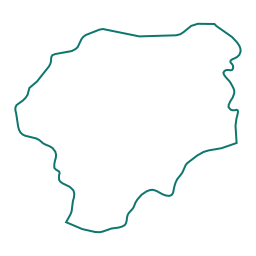 SVG path tracing the border of Bistrita-Nasaud
{"feature_id": "ROU-295", "entity_name": "Bistrita-Nasaud", "entity_type": "County", "adm_level": 1, "iso_a3": "ROU", "parent_name": "Romania", "parent_adm1": "", "projection": "natural_earth1", "projection_center": [24.568, 47.164], "detail": "fine", "context": "isolated", "style": "outline", "palette": "teal", "viewbox_px": 256, "rotation_deg": 0, "n_neighbors": 0, "source": "natural_earth", "source_scale": "10m", "svg_char_len": 1797}
<svg xmlns="http://www.w3.org/2000/svg" viewBox="0 0 256 256"><path d="M66.1,222.2L70.4,214.5L71.6,211.4L72.9,201.2L73.9,197.6L74.3,193.7L73.4,190.3L69.7,186.8L62.9,183.5L60.5,181.9L59.1,179.8L58.9,176.9L59.1,175.0L59.6,173.2L59.2,171.6L55.8,169.5L54.3,167.8L54.3,164.2L54.9,161.0L55.8,157.9L56.1,154.7L55.3,151.7L52.6,148.1L49.7,146.3L45.3,144.5L43.1,143.3L39.1,139.9L36.1,138.4L25.0,135.7L22.5,134.4L20.4,132.4L19.1,129.9L18.2,126.9L16.1,113.1L15.4,110.5L15.4,107.5L16.6,105.0L22.9,100.5L25.5,97.9L27.5,95.0L29.4,87.9L36.9,81.6L48.9,66.5L50.2,64.1L50.9,61.8L51.2,57.9L51.6,56.4L52.5,55.1L55.4,54.0L71.9,51.0L75.8,48.9L77.8,46.9L81.5,39.1L83.1,37.0L85.8,35.0L99.3,29.7L102.8,29.0L139.3,36.4L176.0,35.3L180.1,34.3L183.2,32.4L191.2,25.9L197.8,23.8L214.4,24.0L216.5,26.1L232.0,37.0L237.0,42.3L239.4,45.9L240.4,48.6L240.6,51.5L239.3,54.9L237.2,56.9L234.5,58.4L232.2,59.3L230.7,60.5L230.3,61.7L230.9,62.9L232.0,64.0L232.9,65.5L233.2,67.1L232.7,69.2L231.8,70.1L230.5,70.3L229.0,70.0L227.5,69.9L225.8,70.2L224.4,71.1L223.5,72.5L223.8,74.4L225.6,77.0L229.5,81.3L230.9,83.4L233.3,87.9L234.2,90.2L234.3,93.0L232.7,97.5L230.3,101.3L228.8,104.6L228.5,107.1L230.7,109.7L233.0,110.3L235.2,110.2L236.7,109.8L237.7,110.4L238.0,111.9L237.3,115.6L236.5,118.3L235.5,125.7L236.6,143.0L221.5,148.2L208.7,150.4L203.4,152.0L197.1,155.6L187.2,163.2L185.7,165.0L183.0,171.2L182.1,173.0L177.1,179.4L175.6,182.5L174.5,185.9L173.0,193.0L171.6,195.0L169.3,195.9L165.8,195.5L162.6,194.3L156.8,191.1L154.4,190.2L152.2,189.8L149.8,190.1L146.3,191.5L141.5,194.8L137.4,199.5L135.5,202.5L133.7,207.1L132.5,208.9L128.8,213.0L127.6,215.1L127.0,217.8L126.7,220.4L126.1,222.9L125.0,224.9L122.3,226.5L118.5,227.6L111.5,228.5L102.6,231.6L99.5,232.2L95.2,232.0L82.3,229.1L66.1,222.2Z" fill="none" stroke="#0f766e" stroke-width="2"/></svg>